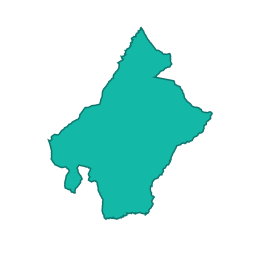 outline of Inocência, Mato Grosso do Sul, Brazil, rotated 246°
{"feature_id": "56859067B243090422915", "entity_name": "Inocência", "entity_type": "district", "adm_level": 2, "iso_a3": "BRA", "parent_name": "Brazil", "parent_adm1": "Mato Grosso do Sul", "projection": "mercator", "projection_center": [-52.047, -19.66], "detail": "fine", "context": "isolated", "style": "filled", "palette": "teal", "viewbox_px": 256, "rotation_deg": 246, "n_neighbors": 0, "source": "geoboundaries", "source_scale": "gbopen_adm2", "svg_char_len": 5758}
<svg xmlns="http://www.w3.org/2000/svg" viewBox="0 0 256 256"><g transform="rotate(246 128 128)"><path d="M47.9,119.7L49.1,120.1L50.4,119.6L51.7,120.0L52.1,120.7L52.6,121.1L54.2,123.8L54.8,123.7L55.3,123.4L56.0,122.5L56.4,122.3L58.0,122.3L58.4,122.5L59.0,123.1L60.5,122.9L62.3,123.2L63.8,123.9L64.5,124.5L65.3,124.7L65.7,125.2L65.0,126.2L65.5,126.5L66.2,126.4L67.0,127.2L68.9,128.3L69.6,130.0L70.3,130.8L70.4,131.3L70.2,135.2L71.3,136.1L71.6,137.3L72.0,137.8L72.2,138.7L71.7,139.3L71.5,140.0L72.6,140.6L73.1,141.2L73.9,142.7L75.9,143.3L76.5,143.7L76.4,144.9L76.5,146.0L77.7,147.2L78.3,148.3L78.3,148.9L77.9,149.8L78.2,150.5L78.8,150.9L80.0,152.9L81.1,152.6L81.4,153.2L81.3,154.0L82.0,154.7L82.9,154.9L83.7,155.5L85.5,157.6L86.4,158.3L87.4,160.1L88.0,160.7L88.5,161.5L89.9,162.8L90.2,163.6L91.3,164.6L91.9,165.3L91.7,167.7L91.3,169.2L91.6,169.9L92.1,170.5L92.1,171.2L91.8,171.9L91.7,172.8L90.6,173.8L90.9,174.5L90.9,175.6L91.5,175.9L91.7,176.6L90.6,177.6L90.4,178.2L90.5,178.8L90.8,179.2L90.5,181.1L90.6,181.6L92.1,183.4L92.8,184.8L92.8,186.6L92.6,187.0L92.9,188.6L93.9,189.6L94.0,190.4L94.5,191.3L93.9,192.2L93.8,193.8L94.3,194.4L94.6,195.5L95.8,196.1L96.5,197.2L97.5,197.5L98.6,198.2L99.2,198.3L99.4,198.8L99.4,200.9L101.4,201.9L101.8,202.7L102.1,203.5L102.0,204.5L102.5,205.2L102.9,207.2L105.7,208.4L106.0,209.0L106.0,209.7L106.4,210.1L106.9,210.3L107.3,210.8L108.4,210.2L109.0,210.1L109.6,208.9L109.5,207.4L109.9,206.5L111.0,204.7L111.1,204.2L112.1,203.1L113.3,202.2L115.1,202.4L116.3,201.5L116.6,201.0L117.1,201.1L117.6,200.9L119.0,199.2L119.4,198.2L120.2,196.9L121.6,195.7L122.3,195.3L124.5,194.9L127.5,193.3L127.9,192.8L128.6,192.7L129.2,192.8L130.5,192.3L132.2,191.9L132.9,191.9L136.3,192.7L136.8,192.7L137.2,192.3L138.5,192.6L139.3,192.5L140.0,192.9L141.9,192.2L143.8,192.2L144.4,192.4L145.5,191.5L146.2,190.4L147.2,189.9L148.5,188.8L149.1,188.6L151.0,189.1L152.4,189.1L163.7,172.9L163.7,174.9L164.2,175.4L164.9,176.7L165.0,178.0L166.3,180.2L166.6,181.5L166.3,183.8L167.5,186.2L167.3,186.8L167.3,187.4L167.5,188.8L166.8,191.1L168.0,192.3L168.4,193.7L168.8,194.0L169.5,193.8L172.5,194.1L173.0,194.6L173.6,195.0L174.4,195.1L176.3,196.1L177.7,196.4L178.9,196.4L179.2,195.9L179.4,193.9L179.7,192.7L180.5,191.9L181.0,190.4L181.4,190.1L182.5,189.7L183.2,189.8L184.8,188.5L186.1,187.7L186.7,187.2L187.3,185.5L196.8,183.3L197.3,182.9L197.9,182.6L199.4,182.7L201.1,182.0L202.4,182.0L204.8,181.7L205.5,181.9L207.3,181.3L210.3,181.6L210.9,181.3L212.2,181.3L214.4,180.7L214.2,180.1L213.6,179.7L212.5,179.8L212.3,179.2L212.6,177.9L212.4,177.3L212.5,176.8L212.0,176.6L211.5,177.0L211.0,176.9L210.8,176.2L211.0,174.8L210.4,173.5L209.8,173.2L209.5,172.6L208.9,172.6L208.3,172.4L208.5,171.4L209.2,170.4L208.8,169.9L208.5,167.7L207.7,167.4L206.5,168.4L205.8,166.9L204.5,166.7L204.3,166.2L204.7,165.1L204.1,165.0L203.9,164.6L202.1,164.3L201.9,163.7L202.1,163.2L201.4,163.1L200.6,161.8L200.5,161.3L200.7,160.7L200.3,160.2L200.6,159.3L200.0,159.0L199.8,158.5L199.7,157.8L199.9,157.0L199.0,157.2L198.5,156.6L197.5,156.2L197.1,155.3L196.2,155.9L195.8,155.5L196.2,155.0L195.3,153.4L195.6,152.7L195.7,151.4L196.1,150.9L195.4,150.9L194.9,151.2L194.4,150.8L193.8,150.9L193.0,151.8L192.4,151.3L191.7,145.3L190.1,146.0L186.8,144.3L185.5,142.7L184.9,141.7L184.0,139.1L183.1,138.5L182.7,136.8L181.6,135.8L179.5,134.8L179.7,133.4L178.5,131.5L178.3,130.8L178.4,130.1L178.2,129.5L177.0,128.4L176.5,127.2L175.3,125.6L173.7,122.1L171.8,119.7L166.6,116.8L165.6,115.3L161.7,112.4L161.2,111.8L162.1,107.2L163.1,104.1L162.9,100.1L164.1,97.2L160.0,90.1L159.9,89.6L157.5,88.1L156.2,85.9L156.4,84.3L156.1,80.4L156.0,79.5L154.9,77.2L155.0,76.4L155.4,75.8L153.9,72.9L154.0,70.1L153.0,68.9L152.7,68.1L152.8,67.2L152.7,66.4L150.4,62.7L150.1,62.0L150.1,61.4L150.4,60.8L152.0,58.3L151.4,55.2L151.0,54.4L150.5,54.1L148.7,53.9L148.5,53.1L147.8,51.6L149.2,50.5L144.7,50.1L137.7,48.8L136.5,48.0L135.2,47.7L134.0,46.9L132.7,46.6L131.1,45.3L130.5,45.2L130.1,45.4L127.5,45.7L125.6,46.2L124.0,46.4L123.1,47.6L121.9,48.4L121.5,48.9L119.9,50.1L119.4,51.0L118.7,51.5L118.1,54.3L118.0,55.2L117.4,55.6L115.4,56.0L115.0,56.6L114.3,57.0L112.7,56.8L112.1,56.4L109.5,52.2L106.3,50.1L105.7,49.4L105.0,49.1L104.5,48.6L103.5,47.9L102.4,47.7L101.3,46.9L100.1,46.5L99.4,46.5L98.6,46.3L98.3,46.9L95.9,48.7L95.6,49.2L95.5,50.3L95.1,50.5L94.5,50.1L93.1,50.4L92.5,50.3L91.7,51.7L91.2,51.8L90.4,52.6L90.3,53.3L91.8,53.8L93.8,55.2L94.6,56.6L94.7,57.7L95.9,59.5L96.3,60.6L96.9,61.2L97.1,61.9L97.6,62.5L99.3,63.2L99.8,65.0L100.3,65.4L102.0,65.3L103.6,65.4L105.0,64.8L108.3,64.5L110.1,65.2L112.3,65.2L114.1,68.3L112.9,69.6L111.0,72.3L109.1,74.4L108.7,75.7L107.4,75.9L107.2,76.7L106.2,77.4L105.0,76.4L101.9,73.0L100.1,72.9L98.9,73.4L98.1,72.0L96.4,70.7L93.6,72.8L93.8,73.3L93.5,74.6L93.6,75.8L93.2,76.5L92.4,76.6L92.0,77.3L91.1,77.6L90.3,77.6L89.4,77.1L85.9,76.6L83.4,75.5L82.7,75.4L81.2,75.4L80.3,75.8L78.7,75.4L76.0,75.7L74.5,75.7L73.8,76.1L73.1,76.1L71.9,75.6L69.9,74.3L69.3,74.3L66.8,72.7L66.3,72.6L63.1,70.8L60.2,70.3L57.8,70.6L56.6,70.0L55.9,69.9L54.0,70.5L53.7,70.9L53.8,71.7L54.2,72.1L53.9,72.8L53.0,73.7L53.4,74.9L53.2,75.6L52.5,75.8L52.1,76.3L52.0,76.9L51.7,77.5L52.4,77.9L52.1,78.5L51.3,78.5L50.9,78.7L49.9,80.3L49.4,80.6L49.3,82.7L49.4,85.3L48.7,85.3L49.1,86.7L48.8,87.5L49.6,87.7L50.1,88.3L49.6,88.8L49.0,89.2L49.1,90.0L48.9,90.6L49.2,91.1L49.0,91.6L50.0,92.3L50.8,92.2L50.7,92.7L50.1,93.1L49.4,94.3L49.4,95.9L48.5,96.3L48.7,96.9L49.1,97.4L48.8,98.0L47.4,98.9L47.3,99.8L46.9,99.5L46.5,99.9L46.8,100.5L46.5,101.2L46.7,101.9L45.8,104.8L44.4,105.9L44.1,106.5L43.6,107.1L42.9,108.3L42.5,108.7L41.6,108.5L41.6,109.0L42.0,109.8L42.4,110.0L43.0,110.1L42.2,110.9L42.1,111.5L43.4,113.4L44.6,113.6L45.0,114.3L45.8,116.7L46.7,117.6L46.9,118.4L47.6,118.6L47.9,119.7Z" fill="#14b8a6" stroke="#0f766e" stroke-width="1.5"/></g></svg>